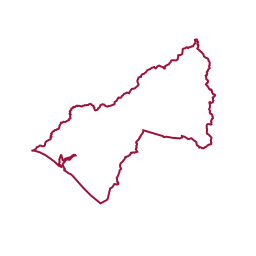 the district of Moma, Nampula, Mozambique, rotated 72°
{"feature_id": "85939544B26201267157646", "entity_name": "Moma", "entity_type": "district", "adm_level": 2, "iso_a3": "MOZ", "parent_name": "Mozambique", "parent_adm1": "Nampula", "projection": "orthographic", "projection_center": [39.158, -16.396], "detail": "fine", "context": "isolated", "style": "outline", "palette": "rose", "viewbox_px": 256, "rotation_deg": 72, "n_neighbors": 0, "source": "geoboundaries", "source_scale": "gbopen_adm2", "svg_char_len": 5751}
<svg xmlns="http://www.w3.org/2000/svg" viewBox="0 0 256 256"><g transform="rotate(72 128 128)"><path d="M170.6,61.8L170.0,61.1L170.1,59.9L169.1,57.7L169.2,57.2L168.8,56.3L169.0,55.6L168.9,54.8L169.1,54.5L169.0,53.8L168.1,53.4L167.1,53.5L166.4,53.2L165.5,53.2L163.2,51.6L161.3,52.2L160.8,52.7L159.4,53.1L158.0,54.5L157.1,54.6L153.3,53.1L152.4,53.2L151.6,52.8L150.2,52.6L149.1,51.6L148.9,50.8L149.9,48.7L150.4,48.2L150.2,47.5L148.9,47.3L148.4,46.8L147.2,47.0L146.6,46.6L145.7,45.4L145.3,45.3L145.0,44.3L144.3,44.0L143.8,44.0L143.1,44.2L142.2,43.8L141.2,44.0L140.2,44.4L139.9,45.3L138.9,45.5L138.0,45.3L137.7,44.8L137.1,44.6L135.3,45.1L133.7,43.8L131.6,43.0L128.8,42.7L128.7,41.9L129.8,41.3L129.8,39.6L128.3,38.3L127.6,38.6L126.0,38.1L125.8,37.9L125.2,38.0L124.5,35.8L123.8,35.0L123.0,35.2L122.2,36.6L121.6,36.6L120.8,37.0L119.5,37.0L118.9,36.8L117.1,36.9L117.0,37.1L117.1,38.0L116.2,38.3L115.8,38.8L112.8,39.3L111.7,40.1L110.6,40.4L109.9,39.6L109.6,38.9L109.8,38.6L109.1,38.0L108.8,37.4L107.3,37.4L105.8,38.4L103.3,37.9L102.2,38.0L101.9,37.6L102.1,36.7L101.8,36.5L101.1,36.4L100.6,35.7L99.2,35.9L98.5,35.1L98.4,34.4L97.0,33.5L96.3,31.8L94.6,31.9L94.1,31.7L93.6,30.9L92.8,30.9L91.3,30.1L90.6,30.1L89.6,30.2L89.3,30.6L88.2,30.6L87.5,30.4L86.9,30.5L85.8,31.5L85.5,32.1L83.5,33.6L81.1,33.6L80.4,34.0L78.8,34.4L78.2,35.1L77.1,35.5L76.6,36.1L75.6,36.4L74.2,37.4L73.7,37.5L73.5,37.0L72.5,36.1L71.5,36.0L71.1,35.4L70.3,35.6L70.0,36.1L69.5,36.0L69.0,35.7L68.2,34.8L67.7,34.8L67.0,35.3L66.1,35.0L65.1,35.1L64.8,36.0L64.8,37.1L65.3,37.3L66.7,37.2L68.1,37.8L68.9,39.5L70.3,40.7L70.4,41.5L70.0,42.4L70.4,43.4L70.1,45.0L70.6,45.9L70.3,46.5L69.7,46.7L69.3,47.3L69.9,49.2L69.6,50.1L69.8,51.5L74.1,53.4L74.6,54.4L74.8,55.5L74.3,57.8L74.6,58.0L75.7,58.2L76.1,58.6L77.9,59.4L78.5,60.7L78.5,61.6L77.2,64.9L77.2,65.7L77.7,66.6L78.6,67.2L79.3,68.7L80.1,69.5L80.1,70.9L80.4,71.5L80.3,72.6L80.8,73.7L81.3,74.1L82.5,74.3L82.8,74.7L82.5,75.3L81.6,75.8L80.9,75.9L79.5,78.0L78.6,78.6L78.2,79.3L78.5,80.9L79.9,83.2L79.6,83.6L78.1,84.2L78.1,86.9L78.8,88.5L79.0,91.8L80.7,94.0L80.9,95.1L81.4,96.1L81.3,97.4L81.5,98.5L82.8,99.7L83.3,99.8L83.1,100.8L83.3,102.4L84.0,103.0L84.5,103.1L85.2,104.0L86.1,104.6L88.7,104.7L90.0,104.5L90.4,104.8L92.3,109.1L92.4,110.4L91.9,112.2L92.9,113.7L94.5,115.5L94.7,116.1L95.2,116.3L94.0,118.0L94.3,119.4L94.3,121.2L95.4,122.9L95.6,123.8L95.9,124.2L96.4,124.5L96.9,125.4L96.8,126.5L96.1,127.3L96.2,127.9L96.9,128.5L97.2,129.1L98.6,130.3L99.1,132.6L101.0,133.3L101.3,134.0L101.2,135.6L101.4,136.2L101.4,138.5L101.0,139.6L101.3,141.0L101.0,141.4L100.8,141.9L100.2,142.6L98.4,143.4L98.3,143.9L97.5,144.8L97.7,145.5L97.6,146.4L97.9,147.4L99.5,148.5L99.8,148.9L99.9,150.1L101.2,151.4L101.1,152.1L101.2,153.5L100.9,153.8L99.1,154.1L98.3,153.6L97.4,153.9L97.0,154.3L96.1,154.0L95.5,154.9L93.5,156.1L93.4,157.9L93.9,158.9L93.5,159.7L93.3,161.4L92.9,162.1L93.2,162.9L92.9,163.8L93.3,165.3L91.8,167.5L91.6,168.4L91.6,169.2L91.0,169.6L90.9,170.0L91.0,170.7L91.6,171.9L91.5,172.6L91.1,173.0L91.1,173.5L91.4,174.0L92.1,174.5L92.1,175.0L91.9,175.5L92.0,175.8L93.3,176.4L93.3,177.0L94.1,178.1L94.5,177.8L95.1,178.3L95.8,178.1L96.3,179.1L97.3,179.1L97.7,178.5L98.8,179.3L100.0,179.6L100.7,179.5L101.1,180.2L101.1,181.1L102.3,181.8L102.3,183.3L102.9,185.6L102.5,186.9L102.1,187.6L102.6,188.8L102.2,189.8L102.2,190.2L103.2,190.6L104.6,192.5L105.4,192.6L107.1,193.9L107.0,194.3L107.5,194.9L107.3,196.1L107.7,196.7L107.4,198.4L107.7,199.0L108.2,199.5L108.2,201.0L109.1,201.6L109.6,202.9L110.7,202.7L111.3,203.7L112.6,203.4L112.9,203.8L112.9,204.6L114.4,204.8L114.7,205.3L114.9,207.1L115.2,207.9L115.2,209.1L115.8,210.4L116.3,211.1L118.7,212.4L119.2,213.2L119.1,214.6L118.8,215.5L117.8,216.3L117.5,217.4L118.0,218.7L118.1,220.8L119.2,221.8L119.6,222.4L120.0,224.6L119.9,225.9L120.1,225.9L120.3,224.8L121.4,222.9L123.9,219.4L128.0,215.2L132.9,211.4L137.2,208.4L141.8,205.9L142.7,205.3L144.2,203.6L143.0,203.5L142.2,204.0L142.0,204.5L141.2,204.6L141.0,204.9L140.7,204.9L139.4,203.5L138.4,203.5L137.8,203.2L136.5,203.1L136.1,202.4L134.5,201.4L133.1,200.1L133.3,199.8L133.7,199.7L134.4,200.0L135.4,199.9L137.9,200.1L138.5,200.0L139.1,199.4L138.0,197.8L137.8,196.6L137.8,194.1L138.0,192.7L137.9,191.6L137.4,190.0L137.0,189.4L136.7,187.7L137.3,186.6L137.9,186.4L137.7,187.6L137.8,188.8L138.6,190.5L139.3,191.6L139.4,192.1L140.1,193.2L140.0,194.1L139.3,194.9L139.1,196.2L139.3,197.1L140.9,199.3L142.0,201.1L142.7,201.5L144.8,201.4L147.5,200.7L147.8,200.9L147.7,201.4L148.5,201.6L149.3,202.2L148.9,201.6L149.1,201.2L152.7,198.5L154.5,196.5L156.5,195.4L170.7,189.2L180.3,184.4L191.2,177.4L190.0,170.9L189.7,170.1L189.1,169.2L179.9,163.6L179.9,162.8L179.4,161.1L177.1,158.3L177.2,157.8L178.1,156.6L178.5,155.1L178.1,154.4L177.3,154.2L177.1,154.7L176.3,154.4L175.6,154.9L174.9,154.5L172.0,154.2L171.6,153.5L170.8,152.9L170.2,152.0L168.5,150.9L167.2,149.7L165.8,149.2L164.8,147.3L164.4,147.1L162.8,147.5L161.7,147.3L160.1,146.6L159.3,145.8L158.2,143.2L157.3,142.3L156.9,141.2L154.9,139.6L155.2,138.8L154.8,138.4L154.8,136.3L154.4,135.6L154.3,134.6L153.3,133.7L153.1,132.9L152.5,132.8L152.5,132.4L153.0,132.0L152.7,131.0L153.0,130.1L153.6,129.4L153.3,128.5L153.5,128.3L153.5,126.5L150.6,127.2L149.6,126.5L149.3,125.8L147.5,125.7L147.0,124.8L145.8,124.3L145.5,124.3L144.7,124.8L144.0,124.7L142.8,122.8L142.2,121.2L141.4,120.8L140.8,119.7L140.1,119.4L139.8,118.7L138.8,117.8L137.2,115.4L135.7,114.4L134.9,114.2L146.6,97.2L147.3,97.1L147.7,96.7L148.0,96.0L148.1,94.2L151.4,88.1L152.1,86.0L153.9,82.2L153.7,79.5L152.3,79.2L153.9,76.7L157.0,74.4L157.4,73.2L157.2,71.5L157.4,70.8L160.6,68.9L162.3,67.4L165.6,67.8L166.0,67.6L166.4,66.9L167.0,66.7L167.3,66.4L168.7,66.2L168.7,65.1L169.1,64.5L170.1,63.8L170.2,63.1L170.7,62.4L170.6,61.8Z" fill="none" stroke="#9f1239" stroke-width="2"/></g></svg>